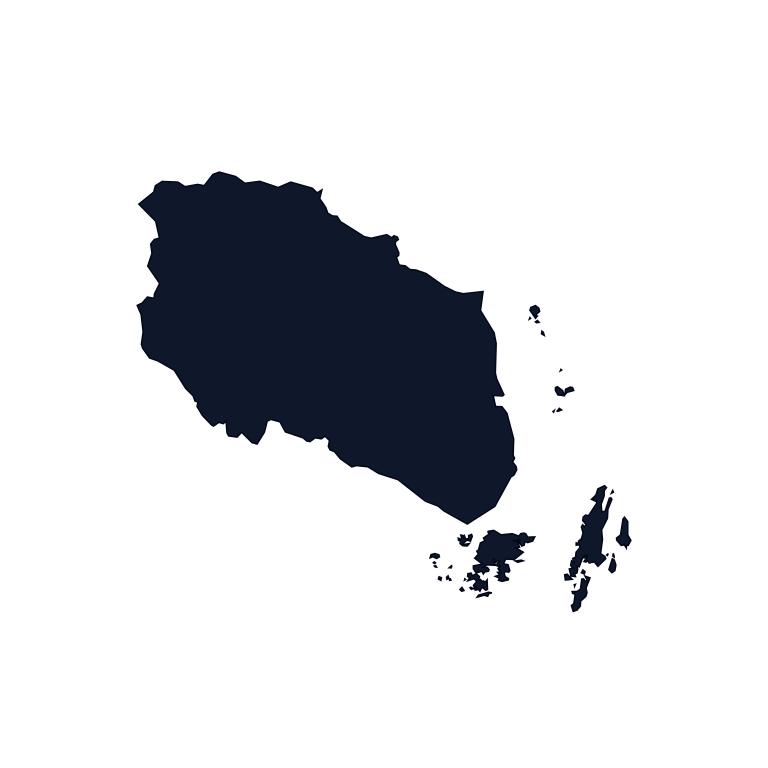 Dam Ha, Quảng Ninh, Vietnam, rotated 322°
{"feature_id": "81297802B85934029741785", "entity_name": "Dam Ha", "entity_type": "district", "adm_level": 2, "iso_a3": "VNM", "parent_name": "Vietnam", "parent_adm1": "Quảng Ninh", "projection": "equal_earth", "projection_center": [107.58, 21.361], "detail": "fine", "context": "isolated", "style": "filled", "palette": "ink", "viewbox_px": 768, "rotation_deg": 322, "n_neighbors": 0, "source": "geoboundaries", "source_scale": "gbopen_adm2", "svg_char_len": 6190}
<svg xmlns="http://www.w3.org/2000/svg" viewBox="0 0 768 768"><g transform="rotate(322 384 384)"><path d="M217.3,203.3L215.8,207.4L215.3,219.2L220.0,226.5L227.2,244.0L225.0,265.4L226.3,275.8L224.5,281.1L226.3,283.7L222.8,286.6L221.5,297.1L222.9,310.3L223.7,312.2L230.3,312.6L232.9,316.3L236.6,316.1L230.1,326.0L229.6,329.3L235.6,335.4L242.1,334.4L243.9,348.9L247.0,353.2L260.2,348.3L269.0,341.4L273.0,342.2L278.7,349.8L276.8,361.0L287.1,376.7L288.0,381.4L290.3,383.9L296.6,384.0L300.8,388.6L305.5,388.9L306.2,395.0L301.7,398.9L300.9,402.6L303.3,406.9L303.6,416.2L307.6,429.5L312.0,431.3L320.3,439.3L324.7,451.2L336.1,467.9L344.5,501.9L351.5,513.5L353.0,520.7L363.4,545.6L396.0,548.7L426.8,535.4L430.5,535.7L435.8,533.3L437.3,530.4L437.4,524.6L441.2,522.9L441.9,519.7L452.4,507.1L462.9,482.6L463.0,474.5L458.1,470.4L463.0,460.3L470.0,466.4L471.9,466.3L475.9,449.4L478.5,443.9L497.3,421.2L502.3,411.5L505.3,385.5L519.0,372.1L502.1,361.7L496.8,355.3L491.5,344.0L485.2,322.9L479.4,313.9L474.9,309.7L473.5,304.0L469.2,299.6L471.9,291.7L474.7,291.7L476.4,289.9L478.9,280.8L480.8,278.9L484.3,279.0L485.0,276.4L483.1,273.3L480.2,273.5L478.1,268.0L463.8,261.3L459.2,255.8L449.7,229.3L450.3,222.9L446.7,219.6L444.9,214.7L446.8,209.0L447.5,198.3L454.6,192.8L449.0,192.2L448.1,185.6L434.8,167.5L421.6,164.0L410.9,147.8L398.0,140.2L394.8,129.1L384.7,115.6L378.2,113.5L364.5,117.0L359.9,111.9L348.7,106.0L345.9,98.0L333.9,87.8L325.9,87.0L320.7,91.0L301.5,91.3L304.3,115.2L296.9,130.7L292.0,128.7L286.3,130.1L281.6,138.2L270.4,145.6L269.1,166.6L258.7,171.6L255.6,174.9L251.1,169.8L243.3,171.3L237.9,170.1L235.4,179.7L226.3,194.6L217.3,203.3ZM380.4,566.9L375.4,564.2L374.5,565.1L375.3,567.0L367.5,566.6L367.1,569.6L362.1,568.6L356.0,573.1L354.2,572.8L353.6,576.2L348.2,577.1L350.7,586.5L342.4,582.3L340.6,584.8L340.3,589.8L345.8,591.7L345.3,594.9L347.5,594.1L351.1,595.9L352.5,595.0L352.6,592.4L349.8,589.2L354.0,590.1L360.5,595.8L361.1,589.9L363.0,589.7L362.1,593.2L365.0,593.2L365.9,595.1L362.7,594.9L361.2,597.1L363.1,598.8L360.2,599.7L359.7,604.1L357.6,602.4L357.7,605.6L353.3,604.1L355.6,608.3L353.4,609.1L355.5,612.2L361.4,614.9L362.2,613.9L360.9,610.5L362.1,607.3L364.0,606.4L366.5,609.1L368.2,608.6L370.5,602.8L367.4,599.3L372.1,596.9L378.7,602.5L390.2,602.3L387.1,594.4L390.3,596.1L392.4,590.3L388.8,586.2L392.6,589.5L396.7,590.1L393.1,590.2L392.8,596.6L395.3,597.3L398.3,594.8L399.5,597.4L404.4,599.3L408.7,597.3L403.0,593.2L403.5,589.1L402.4,587.6L399.7,586.1L396.7,586.9L392.9,580.9L383.4,574.9L380.4,566.9ZM495.6,602.6L495.2,599.9L487.9,598.3L482.6,602.0L476.5,602.6L479.1,607.6L478.2,608.9L464.0,613.7L462.2,611.4L459.2,611.4L456.5,613.9L456.7,619.3L454.2,620.0L453.9,617.2L451.5,618.2L449.2,623.9L444.2,627.5L440.5,627.6L437.7,633.5L431.8,634.8L428.3,638.4L425.3,637.6L423.8,641.6L422.9,638.8L419.3,642.0L419.7,645.3L416.1,643.8L413.1,650.4L416.3,653.7L417.3,650.9L419.7,651.7L422.6,649.3L423.9,646.1L425.2,648.3L433.7,643.1L438.4,642.5L434.0,644.4L438.2,644.4L437.3,645.6L432.3,647.0L433.5,648.7L435.7,648.4L435.4,651.3L440.2,653.7L440.3,659.4L451.2,658.2L451.9,655.8L450.3,651.0L460.3,641.2L465.7,632.9L477.4,627.4L483.3,620.6L492.6,615.2L492.7,613.3L491.3,612.7L479.8,620.4L477.0,618.7L481.0,612.6L488.6,607.7L491.9,603.6L495.6,602.6ZM427.0,663.6L424.1,659.1L423.3,663.7L421.1,663.4L421.3,660.4L419.7,659.5L412.5,666.6L408.6,666.4L404.4,663.4L403.8,665.1L405.1,667.5L398.2,674.1L395.3,673.9L393.1,679.7L396.9,681.0L402.0,679.9L405.3,676.1L412.2,675.7L415.4,673.5L417.7,669.1L427.0,663.6ZM483.1,653.1L491.4,642.5L491.5,637.0L489.2,637.5L477.4,648.6L472.4,648.5L471.2,650.3L471.5,657.2L474.3,658.8L474.0,662.4L475.4,660.7L477.2,661.5L482.3,659.2L483.1,653.1ZM335.6,589.6L336.3,586.7L333.4,585.1L331.4,587.1L332.2,589.5L328.8,590.6L335.1,592.9L335.5,595.3L334.9,596.9L330.6,597.7L328.9,602.6L330.7,603.4L331.8,601.4L332.0,606.4L336.1,604.3L337.2,609.2L339.1,609.6L344.7,601.8L341.7,602.6L341.1,600.2L339.4,600.0L339.8,597.4L338.1,596.7L340.7,594.4L339.7,590.2L335.6,589.6ZM551.3,422.7L552.7,419.6L551.6,415.4L546.9,414.1L544.4,415.7L543.8,425.5L546.7,424.9L545.5,423.0L551.3,422.7ZM349.3,554.0L347.6,551.2L346.5,553.2L347.7,554.6L345.7,556.5L346.4,559.8L349.8,562.9L353.1,562.3L348.5,559.8L348.4,558.4L353.2,558.1L355.4,561.1L359.8,558.4L360.4,556.4L357.4,555.5L355.6,558.0L353.0,556.5L354.0,552.7L349.3,554.0ZM451.0,673.2L455.3,669.4L457.1,664.4L456.4,662.2L447.0,668.7L447.4,673.0L451.0,673.2ZM518.9,504.2L520.7,499.3L519.0,492.9L516.9,492.4L515.1,494.6L514.3,499.7L518.9,504.2ZM530.4,502.9L529.0,501.1L523.9,499.9L519.7,503.9L523.1,503.3L529.5,505.9L530.4,502.9ZM319.5,548.8L316.0,547.4L313.3,549.4L316.1,550.1L318.0,553.9L321.3,554.3L322.1,552.3L319.5,548.8ZM412.1,653.8L411.3,646.7L408.9,645.5L406.2,650.1L412.1,653.8ZM338.3,612.5L328.5,608.6L326.1,609.3L332.9,612.1L335.0,615.1L337.7,613.7L340.4,615.1L338.3,612.5ZM424.9,657.1L426.9,655.6L426.3,653.0L423.3,654.3L424.9,657.1ZM319.9,596.0L320.2,592.3L317.3,592.7L317.6,595.1L319.9,596.0ZM307.9,573.8L310.0,572.0L308.7,569.8L306.8,571.1L307.9,573.8ZM508.0,513.8L507.2,511.1L503.7,511.9L504.1,512.6L508.0,513.8ZM540.2,444.4L541.4,441.4L541.0,439.6L539.0,441.4L540.2,444.4ZM384.8,609.0L383.8,607.4L378.4,604.2L379.7,606.9L384.8,609.0ZM544.2,430.9L544.0,428.4L541.5,428.3L542.0,429.7L544.2,430.9ZM316.4,574.6L314.2,574.8L313.3,576.7L315.6,576.9L316.4,574.6ZM495.9,610.1L498.2,610.5L498.7,608.7L495.9,610.1ZM437.6,630.2L438.4,628.2L437.6,627.5L436.2,629.3L437.6,630.2ZM328.5,600.4L327.2,597.6L326.3,597.5L326.4,599.6L328.5,600.4ZM323.8,570.3L325.3,569.2L325.3,568.7L322.2,568.9L323.8,570.3ZM458.8,662.1L459.4,661.3L460.4,658.6L458.4,660.5L458.8,662.1ZM350.5,552.7L352.6,551.7L351.5,550.3L350.5,552.7ZM314.5,556.7L314.1,555.1L312.8,555.2L313.5,556.9L314.5,556.7ZM409.6,660.8L411.5,659.7L410.3,659.3L409.6,660.8ZM316.0,579.8L316.4,578.4L315.2,578.1L314.8,579.2L316.0,579.8ZM312.7,560.7L312.9,559.1L311.6,558.4L311.6,559.6L312.7,560.7ZM538.4,422.4L539.9,422.6L539.9,421.5L538.4,422.4ZM454.4,656.7L456.3,655.7L454.2,655.8L454.4,656.7ZM500.3,510.6L501.8,509.7L500.2,509.7L500.3,510.6ZM531.0,482.2L532.6,482.4L532.4,481.4L531.0,482.2ZM326.7,588.1L328.0,588.3L327.8,587.3L326.7,588.1Z" fill="#0f172a" stroke="#020617" stroke-width="1.5"/></g></svg>